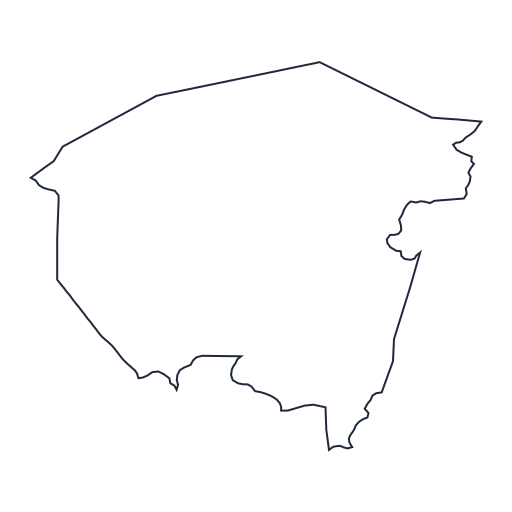 Guajeru, Bahia, Brazil (orthographic projection)
{"feature_id": "56859067B64963920888625", "entity_name": "Guajeru", "entity_type": "district", "adm_level": 2, "iso_a3": "BRA", "parent_name": "Brazil", "parent_adm1": "Bahia", "projection": "orthographic", "projection_center": [-41.967, -14.579], "detail": "fine", "context": "isolated", "style": "outline", "palette": "slate", "viewbox_px": 512, "rotation_deg": 0, "n_neighbors": 0, "source": "geoboundaries", "source_scale": "gbopen_adm2", "svg_char_len": 2145}
<svg xmlns="http://www.w3.org/2000/svg" viewBox="0 0 512 512"><path d="M57.2,279.7L61.3,284.9L64.2,288.4L66.8,291.9L69.8,295.3L72.9,299.7L76.0,303.7L78.6,306.7L81.1,310.1L83.7,313.3L85.9,316.3L88.1,319.2L90.7,322.2L93.2,325.7L95.8,328.9L98.8,333.0L102.1,336.8L105.8,340.1L108.9,342.7L112.2,345.8L114.9,349.1L117.2,352.0L119.3,354.8L122.2,358.6L126.5,363.0L131.3,367.2L135.0,370.5L137.0,373.4L138.5,378.2L142.6,377.6L147.3,375.6L152.4,372.1L158.3,371.5L163.5,374.0L169.3,378.2L170.4,383.3L174.4,385.6L176.6,389.8L178.0,384.8L176.8,379.9L177.4,375.0L179.8,370.2L184.0,367.6L190.6,364.9L193.0,360.5L196.4,357.3L202.0,355.8L241.1,356.3L237.4,359.3L235.4,363.5L233.4,366.2L231.9,369.4L231.0,374.9L232.8,380.2L238.0,383.3L243.2,384.3L247.7,384.4L251.4,386.5L255.2,391.2L260.0,392.0L265.1,393.5L269.8,395.4L273.1,397.1L276.8,399.6L279.8,403.2L281.1,406.6L281.1,410.6L287.7,410.6L304.7,405.6L313.4,404.7L325.5,407.3L326.3,429.6L329.0,449.9L333.1,446.8L336.9,446.1L340.4,445.9L343.4,447.3L347.6,448.4L352.2,447.1L349.4,442.5L348.9,438.5L350.3,435.1L352.4,432.3L354.3,429.2L355.8,425.4L359.0,421.8L363.2,419.1L367.4,417.5L368.5,413.0L364.7,408.8L367.4,403.8L370.6,400.0L372.5,395.6L376.2,393.2L381.7,392.4L393.0,361.1L394.0,339.1L410.2,287.1L420.1,252.5L416.3,255.6L414.5,258.6L410.8,259.8L404.7,259.0L401.4,256.0L400.7,251.2L396.3,250.8L390.4,247.3L387.5,243.3L386.8,239.3L390.1,234.9L394.6,234.9L398.3,233.9L401.2,230.5L400.9,225.4L399.2,219.5L402.3,214.4L404.0,209.7L407.1,204.7L410.6,201.5L416.3,202.5L420.4,201.3L424.6,201.7L429.9,203.1L434.5,200.8L463.9,198.5L466.7,194.0L465.8,188.3L468.0,185.4L469.8,181.6L470.5,176.5L468.4,172.7L470.7,168.3L473.9,164.0L471.3,161.3L471.8,156.7L464.7,154.0L460.9,152.3L456.6,149.8L453.1,144.6L456.2,142.7L459.9,142.3L462.9,140.6L465.6,137.6L470.4,134.5L474.8,130.9L477.7,126.5L481.3,121.6L458.2,119.5L447.4,118.8L431.8,117.6L417.6,110.6L406.5,105.1L319.5,62.1L316.2,62.9L299.1,66.4L229.5,80.8L156.5,95.8L146.2,101.4L62.6,146.7L53.7,161.2L44.0,168.0L30.7,177.8L35.7,180.5L39.0,185.2L43.5,187.9L49.3,189.6L54.8,190.8L58.6,195.5L58.6,201.0L57.2,237.6L57.2,279.7Z" fill="none" stroke="#1e293b" stroke-width="2"/></svg>